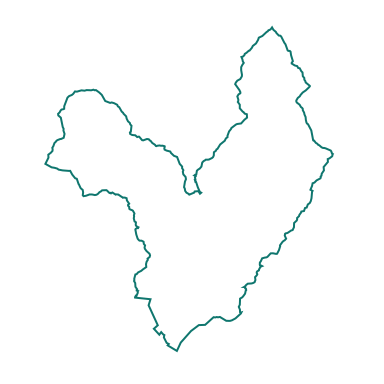 Vanatori-Neamt, Neamt, Romania, rotated 85°
{"feature_id": "2599482B39139514259445", "entity_name": "Vanatori-Neamt", "entity_type": "district", "adm_level": 2, "iso_a3": "ROU", "parent_name": "Romania", "parent_adm1": "Neamt", "projection": "albers", "projection_center": [26.196, 47.223], "detail": "fine", "context": "isolated", "style": "outline", "palette": "teal", "viewbox_px": 384, "rotation_deg": 85, "n_neighbors": 0, "source": "geoboundaries", "source_scale": "gbopen_adm2", "svg_char_len": 5966}
<svg xmlns="http://www.w3.org/2000/svg" viewBox="0 0 384 384"><g transform="rotate(85 192 192)"><path d="M81.6,299.8L83.9,301.8L84.9,303.3L85.7,306.0L87.1,307.8L95.4,311.8L98.0,312.1L98.3,312.9L98.5,314.8L99.4,315.8L101.1,316.9L102.5,318.6L104.1,318.5L106.5,316.2L116.1,315.1L117.8,314.4L119.6,314.7L123.0,313.9L126.8,315.1L127.8,317.9L127.7,318.5L128.6,321.6L129.3,322.7L129.8,323.0L131.3,324.8L134.2,326.1L135.8,327.3L137.2,327.1L138.9,327.4L140.6,329.2L142.3,331.9L145.3,332.0L151.2,335.6L155.2,329.7L155.9,326.9L156.9,324.3L158.1,322.9L159.2,319.0L160.2,313.1L160.3,311.5L164.2,309.8L168.1,307.2L168.8,305.6L174.2,304.3L174.5,304.0L177.7,302.9L178.6,302.5L180.4,300.7L182.9,300.5L185.7,301.1L186.7,300.4L186.5,297.9L185.5,294.2L185.8,291.6L186.6,289.0L186.4,287.3L185.6,285.8L184.1,284.2L183.6,282.9L182.5,281.4L182.7,277.2L183.0,276.7L185.7,274.4L186.2,273.1L185.8,273.0L185.9,272.1L185.6,271.3L187.9,268.4L187.7,268.1L188.1,265.7L191.0,262.1L191.4,261.3L191.6,261.3L191.7,259.4L192.5,257.7L194.7,257.6L198.2,255.6L199.2,256.8L199.5,256.9L200.4,256.7L201.2,255.9L203.3,255.9L203.9,255.3L205.1,252.9L205.7,252.4L208.4,251.2L210.1,251.9L211.3,251.8L213.1,252.3L216.3,251.8L217.3,250.5L219.7,250.9L220.5,250.8L221.7,249.8L222.5,248.4L223.3,248.9L223.2,250.0L223.9,251.4L224.5,251.7L229.5,251.2L233.8,250.2L235.5,249.0L235.9,248.4L236.1,246.5L237.3,244.6L239.6,244.5L241.1,243.4L243.1,244.1L244.4,243.9L246.8,242.5L249.8,239.7L251.5,239.3L253.1,239.9L254.5,242.1L255.7,241.9L257.5,243.3L259.9,244.1L262.8,244.1L264.8,247.6L266.1,249.4L267.4,252.7L269.0,254.3L269.2,255.6L273.4,257.1L274.9,257.1L275.6,257.5L277.8,256.5L281.5,256.6L284.0,255.2L284.2,255.5L285.3,255.7L285.9,254.4L286.4,254.8L287.7,254.8L290.5,256.3L290.3,256.6L290.3,257.0L291.8,257.6L292.1,258.7L295.2,242.7L301.1,245.1L321.8,237.7L324.9,241.9L331.3,237.0L328.9,234.9L331.4,233.1L332.1,232.0L334.4,232.7L340.1,230.4L341.4,228.4L342.7,229.6L349.0,220.9L341.0,216.3L330.4,205.1L325.2,196.8L325.5,190.5L318.6,181.4L319.0,179.7L318.7,178.2L319.1,177.1L318.9,175.1L323.3,169.1L323.7,165.4L323.3,163.4L321.7,159.7L317.3,153.9L316.3,153.3L316.5,154.1L316.0,154.6L313.3,154.5L310.5,155.4L308.5,154.2L302.4,153.4L301.3,151.1L300.0,149.8L297.9,148.0L295.0,147.1L294.6,146.6L293.3,146.6L292.7,147.4L291.4,147.2L291.2,148.5L290.8,147.6L289.3,146.1L288.2,144.4L288.3,140.6L288.0,139.1L287.3,137.5L285.2,136.5L282.3,136.6L280.7,134.8L279.6,134.1L278.2,134.6L277.3,134.4L276.7,133.9L275.9,132.2L275.2,132.1L272.9,130.6L272.3,129.9L271.9,128.6L271.4,129.3L271.0,130.7L270.0,130.8L268.1,130.5L267.2,129.6L264.2,127.9L263.7,125.3L263.6,123.5L263.2,122.5L260.0,119.0L260.1,116.7L261.0,113.6L260.9,112.6L257.4,110.4L253.7,108.9L252.8,109.0L249.7,106.3L248.8,105.2L248.2,103.9L246.7,102.3L243.5,103.4L241.7,102.9L241.3,102.0L241.3,101.2L241.0,100.2L239.0,96.6L238.7,95.1L236.0,93.5L231.8,93.0L229.5,90.1L228.3,89.6L227.1,89.6L225.4,87.5L224.1,87.0L222.2,85.3L221.0,84.8L220.7,82.1L217.8,80.8L217.5,79.1L214.5,77.7L213.3,75.7L211.5,74.5L208.6,73.5L202.4,72.4L201.4,71.8L200.1,73.8L196.5,71.9L193.8,71.1L193.3,69.2L191.3,66.9L189.6,62.9L188.9,62.5L187.8,62.5L187.0,61.6L185.1,61.2L182.0,58.7L178.6,58.7L173.9,54.0L171.0,53.9L170.5,52.2L168.8,49.5L168.2,49.0L166.9,48.9L166.4,48.4L165.5,49.3L163.7,49.7L162.8,50.2L160.2,55.0L159.6,56.6L159.6,57.5L158.8,59.0L156.5,61.2L156.0,62.2L154.9,62.9L153.8,64.4L151.4,65.9L151.4,66.5L151.0,66.8L141.1,67.8L134.6,70.5L133.9,71.4L132.9,71.9L130.2,72.3L127.2,72.3L124.6,73.2L122.7,73.4L120.2,74.5L118.8,74.4L117.9,74.9L116.8,76.1L114.4,77.2L112.0,79.8L111.0,80.2L109.9,80.1L107.5,78.4L106.1,76.3L104.8,75.4L102.5,73.0L100.7,69.8L97.9,66.3L97.0,65.4L96.5,65.4L92.8,69.2L91.5,69.4L89.9,70.3L88.2,70.2L86.3,71.5L82.5,71.5L81.2,72.6L78.1,73.9L77.7,75.4L75.8,76.2L74.9,78.6L72.7,81.5L71.9,81.4L70.5,80.1L64.3,81.4L60.8,81.6L60.0,82.3L59.8,83.8L59.2,84.4L53.0,86.0L51.4,87.0L44.9,89.6L44.0,90.4L43.7,91.9L43.3,92.2L40.9,94.1L39.8,94.5L37.5,96.8L35.0,97.9L36.7,99.4L37.4,100.7L37.5,101.7L38.6,102.6L39.0,103.6L42.7,108.3L44.1,112.0L46.2,112.9L49.6,115.3L51.8,118.7L53.6,119.8L56.2,122.4L56.2,123.1L58.1,125.6L59.0,127.4L60.1,127.8L61.4,129.2L61.8,131.0L64.3,130.2L66.3,130.0L67.9,129.2L69.8,130.8L71.9,132.1L74.8,132.4L79.7,132.0L81.2,132.3L83.7,134.1L85.0,137.1L86.8,138.8L88.3,139.6L94.6,135.9L96.8,135.1L97.9,135.3L98.8,137.1L100.7,138.5L104.0,137.8L105.5,138.0L106.3,138.5L109.2,136.8L112.8,137.1L116.5,134.4L116.9,133.7L118.5,132.7L119.3,130.6L122.7,130.7L124.6,133.5L128.0,137.1L128.2,141.1L128.6,142.3L131.7,147.2L132.7,147.7L134.9,149.8L139.2,151.8L140.4,151.8L141.6,153.6L143.8,154.9L147.1,159.8L151.3,162.9L151.7,163.9L153.0,164.6L154.3,166.7L157.5,167.1L159.1,168.0L159.9,169.1L161.2,172.5L161.0,175.5L161.6,176.3L162.2,177.7L163.5,179.2L167.5,180.4L169.3,182.2L170.4,184.3L171.3,185.3L174.9,186.2L175.1,186.6L175.1,187.4L175.6,188.1L176.0,186.8L176.7,186.9L176.8,187.3L177.6,187.8L179.9,187.5L180.0,188.1L182.2,187.7L182.1,187.2L182.6,187.0L187.8,185.8L192.5,184.2L193.5,182.9L194.4,184.2L191.7,185.6L191.7,189.3L192.8,189.9L194.4,194.9L194.2,195.2L193.8,195.2L192.2,197.6L190.3,198.7L187.9,198.9L186.5,199.5L181.0,198.1L178.7,196.9L176.4,197.1L173.7,199.1L171.0,199.4L169.5,198.7L167.4,199.8L165.8,199.6L162.9,201.8L155.8,203.8L154.4,206.8L151.2,209.6L149.8,210.1L148.5,213.8L147.4,215.6L146.1,215.8L144.5,215.2L144.0,215.3L143.3,217.3L143.2,219.0L142.8,220.3L142.9,222.5L143.2,223.5L143.0,224.0L141.7,224.8L139.7,227.3L137.4,228.8L136.9,229.7L136.0,230.1L135.5,231.1L135.3,232.3L136.3,236.1L136.0,237.2L132.3,239.8L132.2,240.5L132.5,241.8L130.6,243.5L130.0,246.6L128.8,248.5L127.4,248.7L127.0,248.4L126.7,247.7L120.7,246.5L119.3,247.6L117.8,247.9L116.0,249.6L113.2,250.7L110.9,251.0L108.0,253.4L107.0,253.8L105.8,255.0L101.2,257.1L100.2,258.4L98.6,258.9L96.7,261.9L95.8,264.2L96.1,265.8L93.8,270.5L87.4,273.4L84.7,275.8L82.1,278.8L82.2,280.0L81.5,281.3L81.9,283.5L81.3,288.0L81.7,290.2L81.1,293.3L82.0,297.9L81.6,299.8Z" fill="none" stroke="#0f766e" stroke-width="2"/></g></svg>